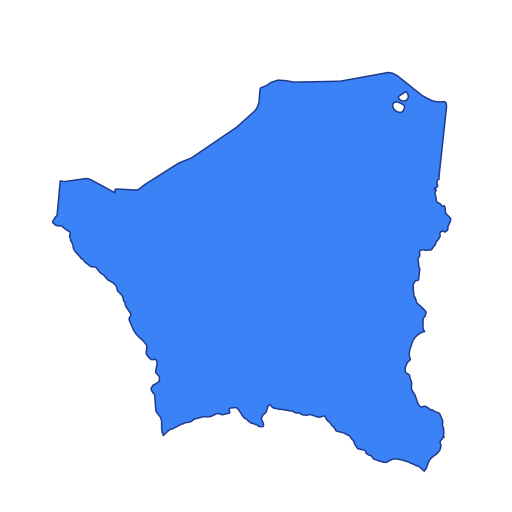 outline of Niassa, rotated 96°
{"feature_id": "MOZ-1199", "entity_name": "Niassa", "entity_type": "Province", "adm_level": 1, "iso_a3": "MOZ", "parent_name": "Mozambique", "parent_adm1": "", "projection": "albers", "projection_center": [37.064, -13.372], "detail": "fine", "context": "isolated", "style": "filled", "palette": "blue", "viewbox_px": 512, "rotation_deg": 96, "n_neighbors": 0, "source": "natural_earth", "source_scale": "10m", "svg_char_len": 5945}
<svg xmlns="http://www.w3.org/2000/svg" viewBox="0 0 512 512"><g transform="rotate(96 256 256)"><path d="M416.6,50.1L417.3,51.3L418.5,51.8L420.4,53.1L421.5,53.5L422.6,53.3L424.7,52.4L425.7,52.1L430.1,52.9L433.5,55.3L438.7,60.8L442.0,62.6L449.6,64.5L452.4,66.2L448.7,71.2L448.3,72.0L447.6,75.2L446.5,77.9L445.9,80.7L445.2,82.0L444.9,82.7L444.4,85.7L443.7,88.5L443.1,95.4L443.2,96.3L443.7,98.5L444.2,99.5L445.3,101.6L446.2,102.6L447.7,105.0L447.7,107.6L447.0,112.4L446.3,114.3L445.7,117.4L445.5,117.8L444.3,119.1L443.1,119.8L442.8,120.2L442.6,120.7L442.2,122.9L441.3,125.1L440.5,125.9L438.2,126.8L437.9,127.7L437.6,129.2L437.3,132.5L437.1,134.0L436.8,134.9L433.3,137.8L432.1,138.5L429.9,139.5L429.2,140.1L428.1,141.5L426.9,142.8L425.1,143.8L424.5,146.1L423.0,149.5L422.6,151.2L421.8,157.2L421.5,158.0L421.0,158.6L419.3,159.5L418.3,160.5L416.5,162.8L413.8,165.4L412.2,167.8L411.5,168.5L409.9,169.6L408.2,170.6L408.0,171.1L408.0,171.9L408.8,173.8L409.4,174.8L409.7,176.4L409.6,178.0L409.3,179.7L409.0,180.7L408.0,185.3L408.2,186.7L409.0,188.4L409.1,192.9L409.0,193.5L407.9,195.8L407.7,196.3L407.7,196.9L407.9,199.8L407.7,201.0L407.3,201.9L406.7,202.6L406.5,203.3L406.4,204.3L406.5,206.2L406.1,208.6L406.2,211.2L405.9,213.0L405.8,213.9L406.0,217.1L405.9,218.2L405.6,219.8L405.4,222.2L405.3,222.8L404.8,223.8L402.7,226.4L402.5,226.9L402.6,227.4L403.1,228.0L403.7,228.3L408.6,229.2L410.7,229.9L411.5,230.5L412.4,231.6L413.1,232.2L413.5,232.5L415.0,233.1L417.2,233.6L417.5,233.7L417.9,233.6L421.3,231.3L422.2,231.0L423.3,230.8L424.4,230.9L424.8,231.2L425.1,232.0L425.2,234.7L425.2,235.5L424.9,236.0L424.0,237.0L423.8,237.5L423.6,239.5L422.9,240.8L422.9,242.4L422.7,243.4L421.8,244.6L421.2,246.1L420.9,246.5L419.9,247.5L419.3,248.3L418.8,249.9L418.3,250.7L416.0,253.1L414.8,253.8L413.0,255.4L411.1,256.8L409.3,258.9L409.0,259.6L408.9,260.7L409.7,264.8L409.9,265.6L410.3,266.1L411.2,266.7L411.7,266.7L412.2,266.6L413.5,265.9L414.5,265.8L415.0,266.1L415.4,266.8L416.0,269.1L416.6,270.7L417.2,271.8L417.3,273.6L416.6,277.2L416.8,278.5L417.1,279.1L418.5,281.0L419.8,283.3L420.3,284.4L420.9,286.3L421.1,287.3L421.1,288.2L421.0,289.5L421.2,290.7L421.7,292.6L424.6,300.1L425.1,300.8L426.4,302.1L427.4,303.4L428.6,306.1L428.8,307.1L428.9,308.3L429.2,309.0L430.4,310.5L431.0,312.5L436.5,320.8L436.9,321.7L437.2,322.8L438.5,324.5L444.1,329.4L441.2,330.8L437.5,331.8L429.4,332.7L425.7,334.7L422.4,338.0L420.5,339.4L404.7,342.3L403.8,342.9L403.2,343.9L401.7,345.1L400.0,346.2L398.5,346.5L395.1,344.8L393.2,341.8L391.0,339.3L387.0,339.2L385.3,340.3L382.8,343.2L381.5,343.8L374.1,343.1L372.2,343.3L370.2,344.1L369.1,345.5L369.9,347.5L369.9,349.3L368.4,351.7L366.2,353.9L364.5,355.1L357.0,355.1L355.6,355.9L352.0,359.6L348.6,364.3L345.9,367.3L342.6,370.0L333.0,375.4L331.2,375.7L328.8,374.5L327.7,374.3L326.6,374.5L326.0,374.8L325.7,375.2L319.6,380.3L317.8,381.0L316.6,381.2L315.8,381.7L314.2,383.0L313.3,383.4L311.3,383.9L310.3,384.3L309.2,385.3L306.4,388.3L305.9,389.3L305.3,389.9L300.2,392.0L297.7,395.3L296.3,398.3L295.0,401.2L290.9,405.5L290.2,406.7L289.9,407.4L288.7,409.4L283.8,414.2L283.9,418.3L283.6,419.7L279.7,425.7L279.1,426.3L277.8,427.3L277.4,428.0L276.9,429.3L276.5,429.9L275.2,431.0L270.0,436.8L267.1,438.6L266.0,438.9L264.4,439.1L263.7,439.4L259.9,442.0L258.2,442.3L256.2,443.4L255.0,443.5L252.8,443.0L252.1,443.2L251.7,443.6L251.4,444.0L248.8,449.1L246.8,451.7L246.6,452.2L246.4,453.2L246.7,455.4L246.6,457.4L246.3,458.3L245.8,459.3L244.6,461.0L243.8,461.7L243.1,461.9L242.6,461.7L240.9,460.7L238.8,460.0L236.9,458.5L235.5,458.1L201.8,458.5L202.1,454.6L196.7,433.1L196.7,430.8L197.3,428.4L207.8,403.1L205.8,403.2L204.6,403.0L204.0,402.1L202.9,381.8L202.3,380.2L201.2,378.8L196.6,374.1L171.7,342.7L165.3,330.6L130.0,288.8L112.0,272.5L109.0,270.7L105.8,269.6L102.6,269.1L90.5,269.4L89.0,269.2L88.0,268.6L87.7,268.2L87.6,267.7L87.1,266.6L85.2,263.2L84.1,261.7L82.0,259.6L78.8,252.6L78.5,244.6L79.1,236.4L73.4,190.7L59.6,143.5L60.0,139.1L62.0,134.2L79.1,107.5L82.9,97.9L83.6,94.1L83.7,90.2L83.0,86.0L83.0,84.2L83.9,82.9L87.2,82.1L156.6,82.3L160.6,82.1L160.8,82.7L161.4,83.3L162.3,83.6L165.0,83.6L167.3,82.6L167.8,82.7L168.6,83.3L169.1,84.0L169.4,84.7L169.8,85.2L170.9,85.6L171.0,83.9L172.0,83.8L173.6,84.4L175.1,84.8L177.4,83.6L182.6,82.2L183.5,81.6L184.2,79.6L185.0,78.2L186.0,76.9L187.2,76.2L186.4,74.0L188.2,73.0L192.9,72.1L194.6,70.8L197.6,67.0L198.8,66.1L202.7,66.8L206.0,68.1L209.6,68.1L210.9,68.7L212.5,70.7L211.6,72.8L212.5,74.7L214.3,75.6L216.1,75.1L217.5,75.0L219.5,75.8L222.9,78.0L223.9,78.4L226.0,78.9L226.9,79.3L229.0,81.1L229.8,81.3L231.4,82.0L231.9,83.8L232.1,86.0L232.8,87.9L232.2,89.4L232.5,91.4L233.3,93.1L234.4,93.9L238.3,93.2L239.5,93.4L241.0,94.3L241.9,94.6L243.3,94.4L246.8,93.4L249.8,93.0L250.9,92.1L251.4,91.8L262.5,91.8L263.2,92.3L263.8,94.6L264.4,95.1L267.3,96.5L268.9,96.7L274.9,95.7L276.3,95.2L278.8,94.9L279.5,94.5L280.1,93.9L281.0,93.1L284.5,91.8L285.6,91.2L286.4,90.4L289.1,86.5L293.4,81.3L295.0,80.8L295.9,81.3L297.8,81.4L300.1,82.9L301.5,83.2L310.3,82.4L311.2,82.0L313.5,80.5L314.7,83.5L317.3,86.7L320.6,89.5L323.9,91.2L332.0,93.0L336.1,93.5L339.5,93.1L342.0,91.8L342.8,91.8L343.9,92.3L345.6,94.1L346.4,94.5L351.1,95.8L353.3,95.8L355.1,95.5L355.7,95.2L356.5,94.5L357.6,92.2L358.3,91.0L359.5,90.5L361.5,90.1L364.9,88.2L367.0,87.8L370.0,87.8L372.0,87.5L373.8,86.4L378.0,83.1L385.0,80.0L386.9,78.6L388.1,77.6L388.9,76.3L388.7,75.1L388.2,73.9L387.8,72.6L388.3,70.4L390.6,66.3L390.5,64.6L391.4,63.4L392.8,59.0L393.1,57.6L393.7,56.8L399.7,53.4L401.3,53.0L405.2,52.8L406.0,52.6L406.9,51.6L412.4,50.7L415.3,50.8L415.3,50.6L415.6,50.4L416.0,50.1L416.6,50.1ZM91.3,135.9L93.4,135.5L95.4,134.3L96.9,132.5L97.9,130.1L98.2,127.6L97.4,125.7L95.9,124.7L93.7,123.9L91.7,123.8L90.4,124.7L88.7,128.9L88.1,131.2L88.2,133.2L89.4,135.2L91.3,135.9ZM79.2,121.8L77.2,123.4L77.4,125.0L80.0,127.9L81.2,129.6L82.4,130.8L83.9,130.9L85.8,128.9L86.7,125.6L85.3,122.6L82.5,121.0L79.2,121.8Z" fill="#3b82f6" stroke="#1e3a8a" stroke-width="1.5"/></g></svg>